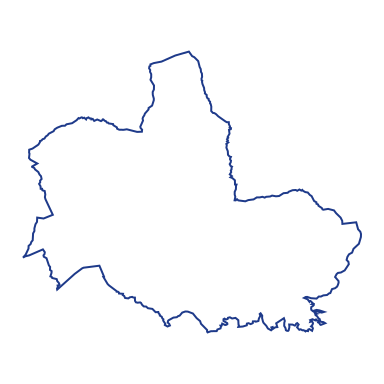 Plopu, Prahova, Romania
{"feature_id": "2599482B39096180875647", "entity_name": "Plopu", "entity_type": "district", "adm_level": 2, "iso_a3": "ROU", "parent_name": "Romania", "parent_adm1": "Prahova", "projection": "natural_earth1", "projection_center": [26.161, 45.031], "detail": "fine", "context": "isolated", "style": "outline", "palette": "blue", "viewbox_px": 384, "rotation_deg": 0, "n_neighbors": 0, "source": "geoboundaries", "source_scale": "gbopen_adm2", "svg_char_len": 5986}
<svg xmlns="http://www.w3.org/2000/svg" viewBox="0 0 384 384"><path d="M330.3,293.1L332.0,289.1L335.1,288.2L337.1,286.6L337.9,284.9L338.6,282.7L338.5,281.0L335.1,277.0L336.6,274.1L338.0,272.9L340.9,272.5L344.7,270.4L348.8,264.2L348.4,261.8L346.6,259.9L347.4,256.9L349.0,254.3L352.1,252.6L353.5,248.8L358.9,243.8L360.9,237.0L361.0,234.0L360.3,231.7L358.1,229.3L356.2,222.3L342.4,223.9L342.2,220.8L340.6,217.6L336.1,213.2L334.0,210.4L328.1,208.9L323.4,209.7L322.5,209.4L321.8,208.0L318.5,205.8L318.1,204.5L316.4,203.7L316.4,202.3L314.1,201.0L311.6,196.1L309.8,194.9L307.8,192.5L305.3,192.1L303.0,190.8L302.3,189.9L301.3,190.6L299.4,189.5L297.2,190.8L295.8,190.0L292.6,190.2L288.8,191.7L287.7,192.8L283.5,193.2L279.1,196.0L276.0,196.3L272.1,195.6L270.1,196.5L266.2,196.8L264.7,197.6L262.4,196.8L259.8,197.4L256.8,197.4L253.6,199.4L248.3,200.1L245.3,201.3L238.3,200.4L237.0,199.2L235.7,200.4L234.6,200.3L235.3,196.8L234.7,194.6L234.7,191.8L235.9,189.2L236.0,186.0L236.5,184.6L235.0,184.5L234.9,180.3L232.3,178.0L230.5,177.3L231.9,176.1L229.8,174.4L231.2,172.1L230.8,170.4L231.5,169.6L231.6,167.3L232.0,166.7L230.6,165.9L229.7,164.1L230.7,162.4L231.0,160.6L230.1,159.6L230.0,158.9L230.9,156.9L229.5,156.5L228.0,154.8L227.8,151.2L226.4,147.7L226.8,144.9L226.3,144.0L228.3,142.4L227.0,141.4L227.9,140.4L227.0,139.2L228.2,137.8L227.6,137.1L229.5,133.7L229.0,129.8L230.8,129.2L231.0,128.1L229.6,127.5L230.0,126.4L228.9,124.3L228.8,122.2L226.8,122.2L225.4,121.4L218.2,116.3L216.1,114.2L214.4,113.1L212.9,112.9L211.2,111.0L211.3,106.6L210.7,104.0L210.1,103.5L210.1,101.8L208.8,100.4L208.6,98.8L207.5,98.3L206.7,96.7L206.7,95.0L204.9,93.4L205.0,92.2L204.2,90.1L204.1,88.0L202.5,84.1L202.0,81.8L202.3,80.8L201.6,80.2L201.5,78.6L202.1,76.9L201.9,73.5L201.0,71.9L200.7,69.0L199.7,67.1L198.2,61.1L194.3,57.2L192.1,56.1L188.9,51.6L175.3,55.5L161.5,61.6L153.8,63.1L150.4,64.4L150.4,65.9L149.4,66.4L149.1,68.3L150.2,70.1L150.0,71.8L151.2,74.1L151.2,77.3L150.5,79.8L154.0,85.5L153.9,89.5L152.7,92.0L152.8,94.9L153.8,98.5L153.8,100.2L152.1,105.6L148.6,108.0L148.5,109.5L144.9,113.6L144.3,115.3L143.0,117.3L142.6,118.6L143.0,120.6L140.3,126.7L140.6,128.0L142.1,129.7L141.9,131.7L137.1,131.9L126.8,129.3L123.6,129.8L119.2,129.7L117.1,128.7L116.9,127.4L113.3,125.2L113.1,124.1L108.6,123.4L108.0,122.6L106.8,122.5L105.8,121.1L104.7,120.8L103.3,119.4L102.7,119.4L102.2,120.3L101.0,121.1L97.2,119.5L94.2,120.9L92.7,118.9L91.3,119.4L90.9,118.4L89.5,118.4L88.5,117.4L86.6,118.2L86.1,119.4L84.2,117.7L82.9,118.2L82.0,117.4L81.4,117.4L79.2,118.5L78.5,118.1L76.6,120.2L72.1,123.2L66.5,124.3L65.0,125.7L61.9,125.8L57.2,127.7L54.7,129.3L53.6,131.2L48.8,133.7L47.6,135.3L45.8,136.5L44.4,138.6L42.6,139.2L41.4,140.6L40.0,141.0L39.9,142.2L38.4,144.6L32.5,148.6L29.2,149.7L29.1,152.8L29.5,153.7L29.0,158.0L30.4,159.7L37.3,163.5L32.1,166.5L32.1,166.9L34.3,168.0L35.0,169.4L38.3,172.0L39.5,174.5L41.0,176.2L41.6,179.0L40.1,180.6L40.2,182.3L39.1,183.9L40.5,186.2L40.7,188.8L42.1,188.8L42.4,190.3L44.7,191.0L45.3,194.5L44.9,197.2L45.5,199.3L52.8,214.8L43.6,218.5L37.2,217.6L37.0,221.9L35.5,224.2L34.4,228.4L34.4,231.0L33.1,233.4L32.7,240.3L31.3,242.0L30.6,244.1L28.6,245.9L28.5,248.6L25.6,254.7L23.0,257.6L25.3,256.3L29.1,255.4L42.9,249.4L44.8,252.2L44.5,254.1L43.5,255.3L43.8,256.7L46.5,258.2L48.9,265.4L50.1,266.9L50.0,269.9L51.6,271.1L51.5,272.9L50.4,276.4L51.7,276.9L52.2,278.0L56.7,279.1L57.3,281.2L58.7,282.7L59.5,284.5L59.0,285.2L57.6,285.5L57.9,286.7L57.0,288.7L57.2,289.6L74.7,273.9L82.2,268.3L83.6,267.7L99.4,265.7L104.0,276.6L103.3,276.8L107.6,284.0L109.0,285.4L116.7,291.2L116.7,291.7L118.1,291.8L118.9,292.5L119.0,293.5L123.0,293.8L122.7,295.0L124.2,296.0L125.1,298.0L128.3,298.4L129.9,297.3L132.2,296.9L133.2,297.5L134.9,297.6L135.0,300.8L135.9,302.3L137.6,302.7L140.2,302.4L141.0,302.9L142.0,304.7L143.7,306.4L146.2,306.6L147.9,308.2L152.4,308.9L155.6,312.2L158.3,312.0L158.7,313.4L159.8,314.5L159.8,315.6L161.7,316.7L162.4,318.5L163.4,319.3L163.2,320.6L165.3,323.8L164.5,325.7L165.2,325.1L167.5,326.5L169.9,325.5L169.2,323.9L167.7,322.5L168.0,321.0L168.5,320.3L173.4,317.6L176.8,317.2L178.3,316.0L179.6,315.7L182.2,312.6L185.3,311.5L187.8,311.6L192.9,313.5L196.7,318.2L200.1,321.1L201.0,323.8L207.1,330.0L207.1,331.7L207.6,332.4L211.0,331.2L216.7,331.1L217.4,329.5L220.5,328.4L221.0,326.5L220.5,325.6L221.7,325.5L222.2,323.6L225.1,325.0L226.6,324.7L227.4,324.0L227.2,323.1L223.5,320.9L223.5,319.2L224.5,318.6L225.9,319.5L227.7,318.9L228.0,317.8L229.9,317.3L232.1,318.5L235.5,317.9L238.3,320.2L238.5,324.5L238.9,325.3L238.3,326.9L242.9,326.5L246.8,325.3L246.9,323.6L248.6,323.2L250.6,324.1L252.3,323.4L252.8,323.1L252.9,321.4L255.2,321.3L255.8,321.7L258.4,321.0L258.9,318.5L260.3,315.9L259.7,314.0L260.6,313.3L262.2,315.6L262.1,318.1L263.0,321.7L263.6,322.9L266.3,325.8L267.9,328.5L271.1,330.3L272.3,329.2L271.4,327.4L272.7,327.0L273.1,328.8L275.3,327.3L277.3,327.1L276.2,323.3L283.9,318.2L284.8,321.0L284.3,322.7L284.2,325.9L285.5,328.1L285.9,330.2L286.7,330.7L288.0,330.9L288.6,330.4L289.4,327.2L289.2,324.5L292.6,324.6L294.8,325.6L295.4,325.4L296.2,323.7L297.2,323.1L298.6,324.5L297.1,327.3L299.3,329.8L300.7,329.3L302.4,330.3L303.7,330.2L305.5,331.4L306.0,330.8L308.0,331.1L308.2,329.6L309.3,329.1L312.1,330.8L312.9,328.4L312.3,327.0L311.1,326.4L312.6,324.6L313.0,323.1L312.0,321.3L310.3,321.8L310.7,320.8L310.2,320.1L312.5,319.2L315.1,320.3L315.7,319.5L316.3,319.5L316.4,320.5L319.0,320.6L318.1,322.4L319.3,323.0L320.1,324.5L320.8,324.9L325.2,323.2L323.4,322.1L321.1,321.8L320.1,321.0L319.7,319.1L318.4,318.2L317.2,316.3L315.5,315.1L315.3,314.3L316.5,313.9L315.2,313.6L314.5,312.5L317.2,311.5L321.7,312.6L324.1,311.9L319.5,310.4L316.6,309.9L314.2,310.6L314.2,311.2L312.9,311.2L311.3,309.8L311.1,308.3L311.3,307.0L313.1,305.8L313.8,305.0L313.8,304.0L312.1,304.0L312.9,303.3L310.5,301.0L309.5,301.1L309.3,301.6L307.6,299.3L304.1,297.9L305.7,297.0L307.2,296.9L311.0,298.2L316.6,298.6L318.8,296.5L321.0,296.5L323.3,295.4L327.0,295.0L329.2,293.3L330.3,293.1Z" fill="none" stroke="#1e3a8a" stroke-width="2"/></svg>